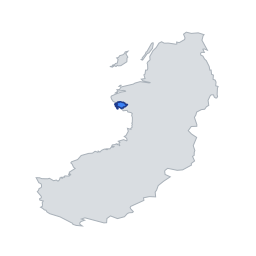 Östhammar, Uppsala, Sweden (highlighted), rotated 187°
{"feature_id": "70781695B19211904151309", "entity_name": "Östhammar", "entity_type": "district", "adm_level": 2, "iso_a3": "SWE", "parent_name": "Sweden", "parent_adm1": "Uppsala", "projection": "equal_earth", "projection_center": [18.222, 60.283], "detail": "fine", "context": "in_parent", "style": "filled", "palette": "blue", "viewbox_px": 256, "rotation_deg": 187, "n_neighbors": 0, "source": "geoboundaries", "source_scale": "gbopen_adm2", "svg_char_len": 5009}
<svg xmlns="http://www.w3.org/2000/svg" viewBox="0 0 256 256"><g transform="rotate(187 128 128)"><path d="M46.2,169.3L47.2,171.3L49.5,171.1L50.5,169.6L51.9,165.2L50.6,160.3L52.7,158.7L54.2,156.0L57.4,155.2L61.8,152.2L62.3,149.0L63.4,146.7L60.1,139.8L59.9,138.1L65.4,137.2L67.9,132.7L64.3,129.8L58.7,127.0L61.1,118.4L58.9,113.8L59.3,111.9L59.0,108.9L60.5,107.7L57.9,103.4L60.9,100.5L60.5,98.9L68.7,93.1L74.0,92.0L83.7,92.8L86.1,90.5L86.3,89.3L85.5,86.4L80.1,84.7L86.2,79.5L91.0,74.5L92.1,69.7L93.2,67.7L92.2,63.0L98.5,62.5L104.1,60.6L103.4,58.1L115.8,50.5L116.2,49.2L115.3,47.9L112.5,45.6L113.3,44.6L116.6,44.0L118.2,43.0L120.7,39.5L127.4,36.8L134.7,38.6L137.9,35.6L137.7,31.4L140.3,30.9L159.8,33.6L163.1,32.0L159.8,31.2L163.1,29.5L164.0,28.5L164.3,27.3L164.2,26.7L161.5,25.2L167.6,25.0L171.0,25.7L171.3,26.6L184.6,31.5L195.2,33.4L198.2,34.8L199.4,36.4L201.0,36.5L203.0,37.9L205.1,38.7L203.5,39.8L203.6,42.1L204.1,43.2L203.2,45.2L206.7,45.7L207.2,46.9L205.5,48.2L205.7,49.5L210.3,53.8L209.2,55.2L208.9,57.0L206.9,58.3L206.7,59.6L207.1,61.4L207.8,62.2L209.8,62.8L213.1,67.5L209.8,67.8L207.3,67.2L201.4,67.8L199.9,68.5L195.4,66.6L192.8,67.6L191.0,66.7L189.7,68.2L189.3,70.4L187.2,70.2L188.0,71.0L185.1,71.3L184.9,71.6L185.5,72.1L184.7,72.8L180.7,73.0L180.2,73.7L181.3,74.5L181.3,75.1L178.8,74.3L180.5,75.8L180.9,77.0L175.5,81.4L177.4,82.6L178.9,85.2L180.5,86.4L179.9,87.6L174.2,90.5L171.1,95.0L164.0,98.0L160.2,98.7L157.8,100.9L154.9,100.2L154.8,101.5L153.0,100.7L151.5,102.6L148.9,104.2L146.1,103.9L145.8,104.2L146.7,104.7L143.4,105.1L142.4,106.8L140.0,107.3L139.6,107.8L142.0,107.9L141.5,109.3L138.8,110.0L137.7,110.9L136.5,110.8L136.7,110.2L134.9,110.2L134.3,109.4L134.0,109.6L135.2,111.9L134.3,112.8L136.0,113.7L130.9,115.9L127.8,115.1L127.4,115.8L128.1,117.7L130.7,119.2L129.1,120.2L127.3,124.8L128.5,127.6L124.9,127.0L125.2,128.0L124.0,129.2L124.5,131.1L124.1,132.2L124.9,133.3L124.4,133.8L124.9,138.9L125.9,141.1L125.5,142.8L127.0,143.7L130.1,143.9L131.0,145.4L134.9,144.5L137.6,147.4L142.9,149.8L142.6,151.4L146.0,152.6L147.9,154.8L148.7,156.6L148.4,157.7L143.2,160.8L139.1,162.8L134.9,164.1L135.2,164.6L137.2,164.8L142.3,163.3L143.7,164.6L141.0,165.2L140.4,167.0L139.3,168.1L128.1,172.2L126.6,173.4L121.6,175.5L112.6,175.3L111.2,175.8L119.0,176.6L120.8,178.1L117.1,179.1L118.7,182.7L117.7,183.6L117.6,187.6L116.2,187.7L115.6,189.3L116.3,193.4L116.9,194.5L116.6,195.7L114.4,198.4L115.1,201.7L112.6,207.8L109.8,211.3L107.6,216.0L105.2,217.7L102.4,216.6L98.2,217.2L90.7,217.0L89.7,217.5L90.2,219.2L87.5,219.0L82.6,222.7L82.4,224.4L84.3,227.9L81.8,230.2L76.7,229.6L69.9,231.0L63.9,229.9L64.7,228.7L65.3,224.1L58.7,214.9L61.9,215.8L63.3,215.3L61.4,212.3L64.2,212.1L65.1,211.0L64.7,209.3L62.4,208.5L60.5,205.8L58.5,204.4L55.0,199.1L53.8,195.4L52.6,195.7L51.6,191.5L49.7,190.9L49.5,186.7L47.4,186.2L46.2,184.3L46.1,180.6L43.6,180.2L44.1,178.4L43.6,172.0L42.9,170.1L43.6,168.6L44.9,168.5L46.2,169.3ZM150.1,188.9L149.0,189.3L148.3,190.5L146.5,191.1L146.2,194.8L147.8,196.2L146.1,196.8L145.0,198.8L141.9,200.1L140.7,201.4L140.0,203.2L137.4,204.2L139.3,201.5L136.8,198.3L137.5,197.2L137.2,193.6L142.7,189.0L145.2,188.5L146.4,189.0L146.9,187.9L147.7,187.6L150.1,188.9ZM114.9,214.9L113.6,215.7L113.2,214.5L113.4,210.1L116.5,204.9L117.8,204.5L121.6,197.5L122.0,197.1L123.3,197.5L122.3,198.2L122.4,199.4L120.0,203.1L119.3,205.6L118.5,206.1L114.9,214.9ZM151.2,187.5L150.9,188.5L149.6,187.7L150.9,186.5L153.5,186.8L151.2,187.5ZM144.8,161.3L143.1,162.8L142.8,162.2L143.1,161.4L144.8,161.3ZM141.0,169.4L140.1,169.5L140.8,168.4L142.0,168.2L141.0,169.4Z" fill="#d9dde1" stroke="#a8b0b8" stroke-width="1"/><path d="M131.5,151.2L131.8,151.3L132.1,151.4L132.4,151.3L132.8,151.1L133.0,151.1L133.5,151.3L133.6,151.6L133.8,151.7L134.0,151.8L134.2,152.2L134.3,152.4L134.8,152.4L135.1,152.5L135.3,152.7L135.5,152.9L135.9,152.9L136.1,152.9L136.6,152.7L137.1,152.8L137.4,152.9L137.8,153.0L138.4,153.1L139.1,153.1L139.7,152.9L139.8,152.6L139.9,152.4L140.4,152.4L140.6,152.7L141.0,152.6L141.3,152.5L141.4,152.3L141.7,152.1L141.9,151.8L141.9,151.5L142.0,151.4L142.4,151.3L142.6,151.2L142.3,151.1L142.0,150.8L141.7,150.6L141.5,150.4L141.6,150.2L141.8,149.9L142.3,150.0L142.7,150.2L143.1,150.3L143.7,150.3L144.0,150.0L143.8,149.7L143.3,149.5L142.8,149.3L142.4,149.1L142.0,148.8L141.1,148.4L140.8,148.2L139.9,147.8L139.3,147.7L138.8,147.5L138.2,147.2L137.6,147.0L137.3,146.8L137.1,146.5L136.8,146.5L136.6,146.8L136.4,146.9L136.1,147.1L135.3,147.2L135.1,147.4L135.2,147.7L135.2,148.0L134.9,148.3L134.5,148.4L134.2,148.4L133.9,148.6L133.6,148.7L133.2,148.9L133.0,149.1L132.9,149.3L132.7,149.6L132.4,149.9L132.3,150.0L132.1,150.3L131.9,150.5L131.6,150.9L131.5,151.0L131.5,151.2ZM143.3,148.7L143.2,148.3L143.0,148.1L142.6,147.8L142.4,147.6L142.2,147.4L141.8,147.2L141.7,146.8L141.6,146.6L141.4,146.2L141.1,145.8L140.8,145.7L140.4,145.8L140.3,146.1L140.5,146.4L140.6,146.7L140.6,147.3L140.8,147.7L141.1,147.9L141.6,148.1L142.0,148.4L142.3,148.6L142.7,148.8L143.1,148.8L143.3,148.7Z" fill="#3b82f6" stroke="#1e3a8a" stroke-width="1.5"/></g></svg>